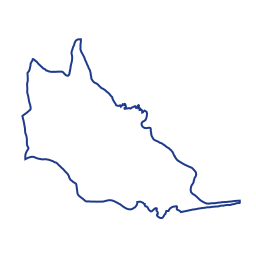 Fatick, Fatick, Senegal, rotated 265°
{"feature_id": "50182788B55839740763416", "entity_name": "Fatick", "entity_type": "district", "adm_level": 2, "iso_a3": "SEN", "parent_name": "Senegal", "parent_adm1": "Fatick", "projection": "orthographic", "projection_center": [-16.497, 14.221], "detail": "fine", "context": "isolated", "style": "outline", "palette": "blue", "viewbox_px": 256, "rotation_deg": 265, "n_neighbors": 0, "source": "geoboundaries", "source_scale": "gbopen_adm2", "svg_char_len": 5738}
<svg xmlns="http://www.w3.org/2000/svg" viewBox="0 0 256 256"><g transform="rotate(265 128 128)"><path d="M105.9,23.0L107.1,26.1L107.7,29.0L107.6,30.6L107.3,31.8L105.7,34.8L105.4,35.8L105.1,36.5L104.8,38.1L104.4,38.8L104.2,40.2L104.2,41.5L104.0,43.7L103.2,46.5L101.5,50.2L100.9,51.2L100.3,51.7L99.9,53.2L99.0,54.3L97.4,55.5L95.3,57.5L94.2,58.3L92.7,59.8L90.9,61.1L87.4,63.9L85.0,65.0L84.1,65.0L81.4,66.2L80.0,67.8L79.0,68.7L78.2,69.9L77.0,71.3L76.1,71.6L67.2,72.0L66.0,72.4L64.9,73.1L62.7,75.3L61.8,76.4L59.0,79.2L58.6,79.9L58.4,80.5L58.3,82.6L57.9,84.8L57.2,92.1L57.1,93.8L56.9,95.3L57.0,96.2L56.9,97.2L57.5,100.4L57.7,102.7L57.6,104.1L57.2,105.9L55.9,108.5L53.2,112.7L52.3,114.0L50.2,116.2L48.0,119.2L47.8,119.7L47.2,121.0L46.9,122.0L46.7,123.7L47.0,125.3L47.8,126.7L48.4,128.1L50.2,129.8L51.7,130.5L53.0,130.9L53.4,130.8L53.6,133.0L53.4,134.2L52.1,136.6L51.1,137.2L50.8,138.1L50.1,138.0L49.2,138.1L48.5,138.5L48.1,139.8L47.0,140.7L44.8,141.6L43.0,143.3L42.9,144.0L43.2,144.8L45.1,147.2L45.6,148.1L45.7,149.0L45.3,149.7L44.6,149.6L43.9,149.2L43.3,149.2L41.7,150.1L40.9,150.3L40.0,150.2L39.5,150.0L39.3,149.4L38.7,149.2L38.0,149.5L37.3,149.9L36.4,151.0L35.5,152.4L35.4,154.0L35.8,154.8L36.8,155.7L38.0,156.5L38.7,157.0L39.1,157.7L42.0,159.0L42.0,159.7L41.8,160.3L41.8,161.1L42.9,161.7L44.3,163.1L45.2,164.7L45.7,166.2L45.7,167.8L45.9,169.2L45.5,169.9L44.8,169.9L43.2,169.5L42.6,169.6L40.9,172.4L39.6,173.4L40.0,176.4L40.1,177.7L41.1,185.4L41.2,188.0L41.3,189.7L41.6,190.8L41.6,192.6L41.8,194.3L41.8,196.7L42.1,200.2L41.9,202.6L42.1,204.3L42.1,209.3L42.0,211.5L42.4,212.7L42.5,215.7L42.3,216.2L42.6,218.1L42.7,220.3L42.4,222.0L42.4,223.5L42.7,224.0L43.0,226.8L43.0,227.6L43.6,229.4L43.6,231.0L43.5,232.3L43.7,232.8L43.9,232.9L45.9,233.0L46.0,227.8L45.8,224.8L45.8,222.1L45.7,219.1L45.9,216.9L45.8,214.0L45.7,213.4L45.8,211.7L45.5,207.4L45.7,206.2L45.7,203.4L45.6,203.1L45.7,201.9L45.6,201.7L45.9,200.0L46.2,199.1L46.9,197.8L48.2,195.8L49.3,194.3L49.6,194.1L49.8,193.7L50.8,192.8L53.8,190.2L55.9,188.0L56.2,187.4L56.8,186.6L57.4,186.2L58.2,185.4L58.8,185.2L61.0,185.0L61.5,185.1L63.9,185.7L65.5,186.5L66.6,187.5L68.2,188.6L69.8,188.9L70.4,189.4L71.3,189.5L72.4,190.0L73.3,190.6L73.8,191.1L74.8,191.7L75.4,191.7L75.9,191.9L76.5,191.8L76.9,191.9L77.6,191.8L78.6,191.4L81.1,189.6L82.8,188.1L84.9,184.1L85.7,182.9L85.9,182.3L87.6,179.7L89.0,177.9L89.2,177.4L90.5,175.9L90.7,175.4L91.2,175.1L91.4,174.6L92.8,173.5L94.3,172.8L94.6,172.4L96.0,172.1L96.3,171.6L96.8,171.5L97.8,171.1L98.5,171.0L100.2,170.3L100.6,169.9L102.1,169.0L103.4,167.6L104.0,167.3L105.7,164.9L106.6,163.9L107.2,163.5L108.6,161.5L109.1,161.2L109.4,160.8L109.8,160.2L110.7,158.2L111.7,157.0L113.4,153.9L114.5,152.5L117.9,150.9L118.5,150.9L119.1,150.6L119.8,150.7L120.4,150.5L120.7,150.7L122.3,150.6L122.8,150.4L123.4,150.4L124.5,150.6L125.7,150.5L126.0,150.3L126.4,149.5L126.3,145.9L126.5,145.1L126.7,144.3L128.2,142.5L129.5,142.0L130.3,141.8L131.1,141.9L132.2,142.3L133.2,143.7L133.6,144.7L134.3,146.0L134.8,146.1L135.5,146.8L138.0,147.7L140.5,148.2L142.3,148.0L143.0,147.3L143.9,145.9L143.0,144.7L142.3,144.2L142.1,143.5L143.7,143.5L144.8,143.2L145.1,143.0L144.9,142.1L144.9,141.1L145.7,141.2L146.3,141.7L146.7,141.5L147.0,141.1L146.9,139.9L147.7,140.0L148.3,140.5L149.2,140.9L149.7,140.7L149.8,140.5L149.3,140.0L149.3,139.7L149.1,139.6L148.6,139.8L148.3,139.3L147.7,138.8L147.3,138.1L147.4,137.6L148.5,137.4L149.0,137.2L149.1,136.8L148.8,135.9L147.9,133.4L147.5,132.8L147.2,132.3L147.2,131.9L147.6,131.3L147.7,130.4L147.5,128.7L147.6,127.8L147.4,126.7L147.4,126.4L148.0,126.2L148.8,127.7L149.2,127.8L149.7,127.8L150.3,127.5L150.6,127.3L151.0,126.7L151.3,127.0L151.3,127.5L151.6,127.5L152.2,127.1L152.3,126.8L151.7,126.2L152.0,125.6L152.0,125.4L152.2,124.8L151.9,124.6L151.2,124.6L151.1,124.2L149.9,122.8L150.8,122.5L151.3,122.1L150.8,120.8L151.1,119.6L151.6,118.3L152.1,118.0L153.4,117.6L154.3,117.0L157.2,115.6L159.2,115.0L159.6,115.1L160.1,115.0L162.1,113.3L163.2,112.7L164.3,111.8L165.8,110.3L166.1,109.8L166.6,109.5L167.8,108.4L169.3,106.5L169.6,106.0L169.7,105.6L170.6,104.5L171.1,104.2L172.2,103.1L173.1,102.4L173.3,102.4L174.3,101.5L175.3,100.2L175.5,99.5L176.3,98.5L176.5,98.1L177.0,97.7L178.5,96.7L180.4,95.8L182.4,95.8L183.6,95.6L186.6,95.5L189.0,95.0L190.4,94.4L190.9,94.1L192.9,93.6L195.7,92.5L197.5,92.1L197.9,91.8L201.2,90.8L202.0,90.7L204.5,89.6L205.6,89.2L207.9,88.1L210.3,87.5L211.2,87.5L212.1,87.7L215.2,87.9L217.5,88.5L220.5,88.8L220.6,87.0L220.6,85.8L220.2,84.7L219.8,84.0L219.4,83.5L217.4,82.2L215.7,81.7L213.6,80.5L211.6,79.6L211.1,79.5L209.4,78.6L207.1,78.2L205.5,78.5L204.4,78.5L203.9,78.6L201.8,78.4L200.8,78.2L199.1,77.8L195.9,76.7L195.3,76.6L194.6,76.2L193.2,76.1L191.7,75.6L190.1,75.3L189.9,75.0L189.0,74.9L188.5,74.6L188.2,74.5L187.9,74.6L187.4,74.5L186.1,73.9L186.0,73.6L185.3,72.9L185.3,72.4L185.6,71.8L185.7,71.2L186.0,70.7L186.6,70.2L186.8,70.2L187.6,69.3L188.6,68.7L189.7,67.6L189.9,66.8L190.2,63.9L190.1,63.2L190.3,62.7L190.2,61.0L190.3,60.9L190.4,58.7L190.6,58.3L190.5,57.0L191.3,54.0L191.5,53.5L192.2,52.5L192.4,51.7L192.7,51.2L193.7,50.6L194.3,49.6L194.7,48.7L195.9,47.9L196.1,47.5L196.7,47.0L198.0,46.0L198.3,45.5L199.0,45.0L199.4,44.6L200.2,44.0L200.8,43.7L201.3,43.2L202.2,42.7L202.9,41.6L203.8,40.9L204.2,40.7L204.5,40.0L204.8,39.6L204.9,39.1L203.8,38.8L201.9,37.4L200.6,36.6L198.7,36.3L194.9,35.1L193.3,34.3L191.8,32.8L191.1,32.6L188.5,32.6L184.0,32.3L180.7,31.3L175.2,31.1L172.9,30.7L172.1,30.7L170.2,31.0L169.1,31.3L162.9,31.8L159.2,32.6L156.4,32.8L154.9,32.4L152.1,28.6L149.3,23.9L148.6,23.9L143.4,24.7L136.6,25.3L133.7,25.2L131.8,25.3L129.0,26.1L125.3,26.3L123.0,26.0L120.4,25.9L118.9,26.2L117.4,26.9L116.2,27.0L113.9,25.3L112.3,24.3L110.7,23.6L108.7,23.2L105.9,23.0Z" fill="none" stroke="#1e3a8a" stroke-width="2"/></g></svg>